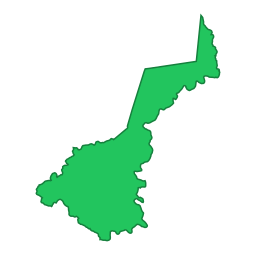 outline of Uruaçu, Goiás, Brazil
{"feature_id": "56859067B5799909421600", "entity_name": "Uruaçu", "entity_type": "district", "adm_level": 2, "iso_a3": "BRA", "parent_name": "Brazil", "parent_adm1": "Goiás", "projection": "mercator", "projection_center": [-49.066, -14.326], "detail": "fine", "context": "isolated", "style": "filled", "palette": "green", "viewbox_px": 256, "rotation_deg": 0, "n_neighbors": 0, "source": "geoboundaries", "source_scale": "gbopen_adm2", "svg_char_len": 5849}
<svg xmlns="http://www.w3.org/2000/svg" viewBox="0 0 256 256"><path d="M201.0,15.4L196.3,61.4L149.3,68.4L145.2,68.9L144.2,71.5L132.2,109.7L127.4,126.2L127.7,127.2L127.5,128.1L126.8,128.8L126.0,129.3L113.7,139.6L113.0,138.9L112.3,139.0L111.4,138.6L110.7,139.0L110.1,139.8L109.3,140.3L106.7,141.0L105.1,141.8L104.3,142.4L103.5,142.7L102.6,142.5L101.5,142.8L100.2,142.8L99.2,142.1L98.2,141.4L97.2,141.5L96.0,142.1L95.1,144.4L94.5,145.0L93.6,144.9L93.0,144.4L92.0,144.0L91.2,143.8L90.1,144.1L88.4,145.0L85.8,145.1L82.9,145.6L82.1,146.5L81.8,147.4L81.0,149.1L79.1,149.9L78.1,149.6L77.6,148.5L76.6,147.8L75.3,147.9L73.3,147.6L73.6,149.3L73.3,150.0L72.5,151.2L73.0,152.5L73.3,153.7L74.1,154.8L73.7,155.5L72.9,156.1L72.0,156.4L71.0,157.2L69.9,157.6L67.8,159.0L67.0,159.3L66.5,160.0L65.8,160.5L65.5,161.2L66.3,162.5L66.6,163.3L67.5,163.7L68.1,164.7L66.7,165.3L66.0,165.3L64.5,165.4L63.5,166.0L62.7,166.7L62.8,168.3L61.7,169.7L61.9,170.9L62.6,172.2L62.6,173.5L62.1,174.7L60.6,174.9L59.9,175.6L58.4,176.2L57.9,176.8L57.1,177.3L56.6,176.4L56.9,175.5L56.7,174.7L56.3,173.9L55.5,173.1L54.7,172.8L52.5,173.6L51.0,176.0L50.4,177.9L50.5,178.8L51.2,180.4L50.3,180.7L49.4,180.4L48.0,180.6L45.6,181.1L44.6,181.6L44.0,182.4L42.0,184.0L40.1,184.8L39.2,184.9L39.1,185.7L38.1,186.4L37.7,187.5L36.4,189.3L36.6,190.1L37.1,191.0L36.9,191.8L36.5,192.6L36.3,193.5L36.8,194.3L37.7,194.8L38.8,195.2L40.2,196.1L42.3,197.8L41.6,198.6L41.3,200.5L41.0,201.7L41.5,202.6L42.6,202.9L43.4,203.3L44.6,204.6L46.2,205.0L48.4,205.9L50.6,205.9L51.5,206.5L52.1,205.9L52.5,204.6L53.3,203.8L53.4,203.0L54.3,202.4L56.2,202.9L57.3,201.0L57.8,200.5L58.6,199.8L59.7,199.4L60.5,199.4L61.7,200.1L62.9,201.3L63.9,203.6L65.0,205.0L65.9,205.7L66.9,206.3L67.9,206.6L68.3,207.3L68.6,208.9L68.5,209.8L68.8,210.9L69.1,212.6L69.0,214.2L69.2,214.9L69.7,215.5L70.9,216.2L73.2,216.2L74.4,216.9L75.3,216.9L76.3,216.3L77.6,217.1L78.2,217.7L78.7,218.3L77.9,219.1L77.8,219.9L78.4,222.8L79.8,223.6L80.4,224.2L82.2,224.5L83.5,225.3L84.3,225.5L85.0,226.0L86.3,227.2L87.3,227.4L87.9,228.1L89.1,228.9L90.0,228.6L90.5,229.8L92.2,231.0L93.2,231.0L94.8,232.2L96.1,232.6L97.7,233.5L98.3,234.1L98.4,235.3L98.6,236.2L100.0,237.6L100.0,239.6L100.9,239.5L102.3,240.0L103.3,240.2L105.3,240.2L106.1,240.5L107.4,240.6L109.0,240.1L110.1,239.1L110.3,237.8L110.3,237.0L110.1,235.0L110.3,233.1L110.3,231.9L111.0,231.2L112.3,230.8L113.4,231.1L114.5,231.2L115.3,231.6L115.9,232.3L116.4,233.4L117.1,234.0L118.0,234.2L118.7,233.9L119.3,233.3L120.2,231.5L124.3,230.4L124.9,229.9L126.0,230.0L127.2,230.9L128.5,232.4L130.1,233.2L131.4,232.9L132.0,232.0L131.9,230.5L131.7,229.5L132.1,228.5L133.1,227.5L134.5,226.7L135.7,225.5L137.1,224.3L139.0,224.6L140.4,225.4L141.1,226.0L141.6,226.5L142.5,226.6L143.3,226.8L144.6,227.4L145.6,227.4L146.5,227.1L147.2,226.3L147.3,225.3L146.6,224.4L146.3,223.7L144.5,221.6L143.5,220.9L142.5,220.0L142.0,219.2L141.8,218.5L142.9,215.8L143.5,213.1L143.1,212.4L142.5,212.0L141.6,210.2L141.2,209.0L141.0,208.3L140.0,205.7L138.9,204.9L138.3,204.7L137.1,204.5L136.2,204.0L134.7,202.5L134.1,201.6L134.0,200.6L134.8,199.5L136.1,198.7L136.9,198.6L138.2,199.8L139.9,200.6L142.1,202.3L143.1,202.4L143.4,201.6L143.3,200.8L143.2,200.0L142.8,198.8L142.1,198.3L140.2,197.3L138.9,197.7L138.0,196.6L137.5,195.8L136.8,195.1L136.3,194.1L137.1,192.9L137.6,191.7L138.1,189.6L138.1,188.9L138.3,187.7L139.3,187.5L140.3,188.0L141.0,187.2L141.7,187.0L142.5,186.9L144.7,187.0L145.4,186.7L145.7,186.0L145.7,184.7L145.7,183.1L145.5,181.9L145.0,180.7L143.9,181.0L142.5,180.8L141.0,180.0L138.4,179.3L137.8,179.1L137.2,178.7L136.8,177.9L136.6,176.9L135.7,175.3L134.8,174.3L134.4,173.6L134.2,172.7L134.2,171.6L135.0,171.2L136.6,171.5L137.4,171.5L140.4,171.0L141.6,170.6L141.7,169.5L140.7,168.1L140.4,167.0L140.5,165.6L140.7,164.6L141.2,163.9L143.2,163.3L144.2,162.4L144.9,162.1L147.5,161.6L148.4,160.8L149.0,160.1L150.0,158.4L150.5,157.0L150.9,155.9L151.0,154.6L151.8,153.5L152.2,152.5L152.7,150.2L152.4,148.9L151.4,147.2L150.5,146.0L149.3,144.8L149.0,143.3L149.6,142.5L150.1,141.5L150.1,140.6L150.6,139.8L151.6,138.8L151.9,137.5L151.6,136.5L150.9,134.9L150.8,132.8L150.6,131.8L150.2,131.1L149.3,130.5L148.2,130.2L147.1,129.7L146.5,129.1L145.3,128.9L143.3,127.0L142.9,126.1L143.1,125.1L145.1,122.8L146.5,122.7L147.1,123.1L148.2,123.2L149.8,122.8L152.3,121.4L154.8,120.2L155.4,119.7L156.5,117.8L156.8,116.9L157.4,115.8L158.6,113.9L159.1,110.5L159.4,109.7L160.2,109.0L161.2,108.9L162.4,109.5L163.6,109.8L164.4,109.5L165.3,108.6L166.0,108.0L169.5,106.7L172.3,104.5L173.5,103.1L173.4,102.3L173.0,101.0L173.2,98.4L174.1,98.4L175.3,99.5L176.0,99.2L176.6,98.3L177.3,97.0L177.5,96.0L176.4,94.0L176.8,93.3L178.1,92.9L178.8,92.4L179.4,91.7L179.8,91.1L181.2,89.7L181.9,88.9L183.0,87.1L183.5,86.2L184.1,85.6L185.2,85.8L185.9,86.4L185.9,87.2L187.0,89.2L188.0,89.9L189.3,90.5L190.5,90.1L191.6,89.4L193.8,88.5L194.4,87.8L195.4,86.4L195.7,85.1L196.0,82.4L196.4,81.2L197.3,81.1L198.2,81.7L198.9,82.4L201.0,83.4L201.9,83.6L202.6,83.4L203.4,83.4L204.1,82.9L204.6,81.9L204.6,80.5L203.7,77.4L204.0,76.4L205.3,75.9L206.9,76.0L208.1,76.3L208.8,76.9L209.8,77.2L211.1,77.2L211.8,77.3L212.7,77.3L215.0,77.7L215.9,77.1L216.6,77.6L217.3,77.7L218.3,77.0L218.7,76.3L219.1,75.3L219.4,74.2L219.4,73.3L219.7,72.6L219.4,71.3L218.8,70.8L219.3,70.2L219.0,69.4L218.2,69.0L217.0,68.9L216.5,67.9L217.2,65.5L216.9,63.9L216.6,61.8L216.8,61.0L215.8,60.0L215.8,58.9L215.4,58.2L215.2,57.3L215.6,56.4L215.0,55.8L215.9,55.4L215.9,54.3L216.6,53.2L217.1,51.9L216.6,50.5L215.4,48.8L215.6,47.9L215.3,47.3L214.8,46.8L213.9,46.4L213.0,46.1L213.0,45.3L212.5,44.6L212.0,43.8L212.5,41.4L212.4,40.3L212.6,39.0L213.1,38.2L213.7,36.9L213.4,35.4L212.7,34.6L211.1,34.6L212.1,32.4L211.6,31.0L211.0,30.5L209.9,29.9L208.4,29.5L207.6,29.0L206.5,27.7L205.8,27.0L205.2,26.0L203.7,24.5L203.5,23.3L203.6,21.9L202.9,18.7L202.8,17.8L202.4,17.1L201.0,15.4Z" fill="#22c55e" stroke="#15803d" stroke-width="1.5"/></svg>